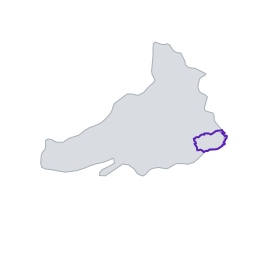 Monte Cristi highlighted on a map of Dominican Republic, rotated 151°
{"feature_id": "DOM-1964", "entity_name": "Monte Cristi", "entity_type": "Province", "adm_level": 1, "iso_a3": "DOM", "parent_name": "Dominican Republic", "parent_adm1": "", "projection": "albers", "projection_center": [-71.5, 19.721], "detail": "fine", "context": "in_parent", "style": "outline", "palette": "violet", "viewbox_px": 256, "rotation_deg": 151, "n_neighbors": 0, "source": "natural_earth", "source_scale": "10m", "svg_char_len": 2205}
<svg xmlns="http://www.w3.org/2000/svg" viewBox="0 0 256 256"><g transform="rotate(151 128 128)"><path d="M45.5,168.0L45.8,159.1L47.1,155.4L45.9,151.6L40.2,147.5L36.7,142.3L33.6,137.6L34.3,136.9L40.5,136.8L42.7,135.1L46.9,130.3L47.7,126.5L47.4,123.6L44.6,120.1L43.6,116.5L46.9,113.3L51.3,108.7L51.9,106.9L51.8,105.1L46.7,100.2L46.4,98.1L48.8,92.8L48.5,89.3L46.2,78.3L45.1,76.7L47.4,75.8L48.8,72.5L50.8,69.6L53.5,68.0L56.4,67.1L62.4,67.1L70.6,69.7L72.9,69.6L80.8,67.3L87.3,66.0L93.5,67.4L96.0,69.4L101.1,72.5L103.6,73.5L111.7,73.3L113.9,73.6L120.6,78.8L126.3,80.8L129.6,80.9L135.5,78.8L138.5,78.9L141.9,83.3L142.6,89.6L145.5,95.4L149.8,99.0L171.1,97.2L175.9,100.2L174.3,102.7L171.3,104.1L161.2,103.6L156.7,104.0L155.9,106.5L155.9,108.8L161.8,109.3L167.6,110.4L173.6,112.2L179.6,113.4L186.4,114.1L193.1,115.4L204.3,119.8L216.8,129.9L220.2,132.2L222.4,135.4L221.5,139.4L217.2,146.0L214.7,148.2L211.1,149.5L208.6,152.3L206.3,156.9L204.8,157.3L203.1,157.1L200.1,154.6L197.9,150.6L191.9,147.0L184.8,147.6L174.3,145.5L168.0,146.7L161.7,147.0L155.2,145.9L148.7,145.6L142.2,147.1L135.9,149.5L133.6,151.1L129.6,154.8L127.5,156.2L112.1,158.2L107.7,155.5L103.6,151.8L97.7,151.3L89.1,154.2L83.8,155.3L81.6,156.5L81.0,158.0L81.0,163.2L79.8,166.3L71.5,178.4L66.7,186.8L64.8,189.4L62.6,190.0L58.4,185.1L55.8,183.4L52.6,182.5L51.2,179.9L51.2,176.2L50.4,172.7L48.4,169.9L45.5,168.0Z" fill="#d9dde1" stroke="#a8b0b8" stroke-width="1"/><path d="M46.8,80.5L46.8,79.6L46.7,78.6L46.2,77.1L47.2,77.3L48.1,77.8L47.9,76.7L47.0,74.6L47.1,74.1L47.1,73.7L45.7,73.6L45.5,73.0L46.1,72.2L46.9,71.3L47.1,71.1L47.4,71.1L47.9,71.1L48.3,71.0L48.9,70.3L49.2,70.0L49.8,69.7L50.2,69.6L50.7,69.4L51.3,68.9L50.9,68.2L50.9,67.6L51.1,67.1L51.8,67.0L52.2,67.0L52.8,67.3L53.2,67.4L53.4,67.3L53.7,66.8L53.9,66.6L59.2,66.2L60.5,66.4L61.8,66.9L66.7,69.5L68.1,69.7L69.5,69.2L70.5,70.0L71.3,70.3L73.5,70.4L74.0,72.2L75.0,73.8L76.6,74.2L78.1,74.9L77.6,76.4L77.1,78.1L77.3,79.9L77.4,81.7L76.2,81.6L75.8,82.7L76.2,84.7L75.6,86.6L74.7,86.3L73.9,86.8L72.3,86.7L70.7,85.7L69.6,85.9L68.6,86.4L67.0,86.5L65.4,85.9L64.5,85.3L63.9,86.1L61.7,85.1L59.8,83.8L59.0,82.4L57.7,82.1L52.3,82.7L47.4,80.6L46.8,80.5Z" fill="none" stroke="#5b21b6" stroke-width="2"/></g></svg>